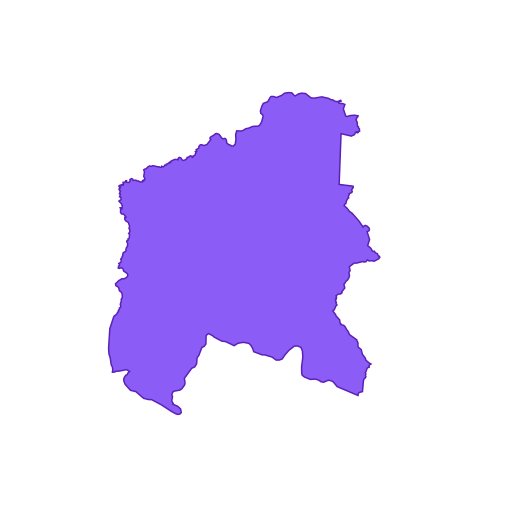 the district of Daffiama Bussie Issa, Upper West, Ghana, rotated 295°
{"feature_id": "2480657B92911606303429", "entity_name": "Daffiama Bussie Issa", "entity_type": "district", "adm_level": 2, "iso_a3": "GHA", "parent_name": "Ghana", "parent_adm1": "Upper West", "projection": "robinson", "projection_center": [-2.277, 10.369], "detail": "fine", "context": "isolated", "style": "filled", "palette": "violet", "viewbox_px": 512, "rotation_deg": 295, "n_neighbors": 0, "source": "geoboundaries", "source_scale": "gbopen_adm2", "svg_char_len": 6120}
<svg xmlns="http://www.w3.org/2000/svg" viewBox="0 0 512 512"><g transform="rotate(295 256 256)"><path d="M426.2,289.3L425.2,285.7L423.1,282.0L421.0,279.7L420.7,278.2L426.3,273.0L430.9,272.5L430.8,270.2L429.5,266.8L430.1,265.9L430.6,265.8L432.3,267.7L432.9,266.9L430.6,264.9L429.9,263.3L429.6,261.4L430.0,260.0L429.4,257.9L429.5,255.0L428.1,248.5L423.6,241.9L422.8,239.7L422.7,238.4L424.2,232.3L422.9,228.6L421.1,226.2L417.7,223.9L417.6,222.9L419.0,219.5L418.0,216.7L415.6,213.0L412.4,211.4L408.3,207.5L408.0,204.6L407.1,202.5L406.3,201.9L400.8,201.4L397.4,198.1L394.3,198.0L389.5,198.6L387.4,200.0L386.5,202.8L385.3,203.5L379.9,204.4L375.9,204.0L374.4,202.8L372.2,198.4L368.6,195.1L367.1,193.0L363.9,190.9L363.1,189.9L361.3,185.6L357.5,186.2L353.5,188.4L348.7,189.9L346.2,189.0L345.4,187.6L345.7,185.8L345.4,184.7L345.8,182.4L346.1,181.8L348.6,180.1L349.4,178.9L349.4,178.0L348.4,176.8L348.3,175.4L350.6,171.3L350.5,168.7L349.5,167.4L348.4,167.1L344.3,164.4L343.0,164.6L342.6,165.6L342.0,165.7L336.2,164.4L334.4,162.4L333.9,161.4L334.0,160.1L333.2,158.5L331.3,157.9L329.7,158.5L326.9,156.8L325.9,158.0L324.9,157.0L324.3,158.0L323.3,157.8L322.0,158.2L320.4,157.1L318.7,157.0L318.5,156.5L319.4,156.0L319.0,154.1L317.3,153.2L316.2,151.9L315.3,152.2L313.3,151.3L312.0,150.0L311.8,148.7L313.2,146.2L312.9,144.7L311.6,144.2L310.4,144.8L309.4,141.8L306.7,139.3L305.1,138.5L304.7,138.9L304.4,138.1L303.8,138.3L303.4,137.4L302.3,137.1L301.4,135.9L300.3,136.1L299.8,134.9L298.9,135.0L297.4,134.0L297.5,132.6L296.4,132.7L295.8,131.4L295.9,130.4L295.4,129.5L294.4,124.8L293.9,123.9L293.0,123.4L292.7,121.5L290.7,120.2L288.6,119.6L287.6,118.3L286.7,117.8L285.0,119.4L280.7,120.6L278.9,122.9L277.2,122.6L277.2,122.0L276.6,122.2L276.3,121.4L275.5,121.9L274.2,120.2L274.3,117.7L273.7,116.9L274.0,115.1L272.6,112.7L273.6,111.7L273.6,110.5L272.0,109.4L270.8,110.2L269.0,109.8L268.2,107.8L268.8,106.9L269.5,106.8L269.1,106.1L267.8,106.2L266.5,104.4L265.5,105.5L264.1,105.7L263.9,105.5L264.4,104.6L263.4,103.6L262.7,103.8L262.5,102.7L261.6,102.2L261.0,102.5L261.0,104.0L260.2,103.7L259.7,104.2L258.9,103.5L258.0,104.2L257.6,105.7L256.3,105.6L255.2,106.4L254.8,106.0L254.1,107.2L252.0,107.3L252.0,109.1L249.7,109.8L248.3,108.6L247.7,108.7L246.5,111.9L244.7,113.8L242.3,114.5L242.7,113.1L242.2,112.5L241.7,113.7L240.7,113.7L238.1,114.9L237.3,116.5L238.0,118.4L236.4,121.6L236.1,121.8L235.5,120.8L233.6,121.7L232.8,123.2L232.4,126.2L229.5,128.9L227.5,129.1L227.2,129.9L226.4,130.2L225.8,131.0L224.2,131.4L222.6,131.1L222.2,132.2L219.1,133.4L218.0,133.4L217.5,132.8L216.1,133.4L215.5,132.6L214.4,132.7L213.1,134.4L210.4,135.4L209.0,135.0L207.1,135.3L205.4,136.1L203.0,134.3L201.2,134.5L200.0,135.2L199.2,134.9L197.7,135.2L196.1,134.7L195.2,135.6L193.2,136.3L191.3,134.8L190.7,135.7L189.6,136.3L188.8,135.7L186.8,136.3L187.0,137.4L188.6,139.1L188.5,139.6L188.0,141.0L186.4,142.5L185.7,146.8L184.1,148.1L182.2,147.9L180.4,146.8L179.3,145.6L178.8,144.1L175.6,142.0L171.3,140.4L169.8,141.7L169.8,143.4L169.2,144.9L166.7,147.0L166.5,148.6L166.0,149.5L164.7,151.0L161.7,152.4L159.9,152.1L158.4,152.9L154.9,153.4L153.4,154.7L152.3,154.9L151.2,154.2L149.4,154.7L148.6,154.2L147.4,154.9L146.4,154.3L144.9,154.4L143.5,153.9L141.8,152.9L140.1,152.8L128.4,154.2L109.8,161.5L105.0,164.2L102.1,166.9L96.3,170.7L94.4,173.0L92.4,174.2L90.0,175.0L91.3,177.2L92.4,177.7L93.8,180.6L98.2,186.5L98.0,190.2L95.5,189.3L94.0,189.4L92.9,188.4L90.8,188.0L88.5,188.1L86.8,189.1L84.4,191.6L81.2,199.0L82.3,204.4L79.5,214.3L80.5,219.4L81.7,222.1L81.1,233.2L79.4,245.2L79.1,249.4L79.2,251.4L79.9,253.0L81.1,254.1L82.6,254.4L85.5,252.3L86.7,248.7L86.6,243.3L87.4,243.3L88.5,241.5L89.6,240.7L93.5,239.7L94.5,238.4L95.2,238.2L97.9,238.2L98.8,238.8L102.4,243.8L104.6,245.0L109.2,245.8L111.0,245.3L114.9,242.8L127.1,245.2L129.5,247.3L133.0,247.8L138.9,245.6L141.7,246.2L150.2,245.6L152.1,247.2L155.1,247.8L162.8,244.4L165.6,245.6L165.5,250.0L164.8,252.5L164.4,260.9L165.6,264.7L165.5,274.1L169.1,276.4L170.9,278.8L172.5,281.3L173.8,286.4L173.0,288.9L170.8,292.1L168.3,294.4L169.0,303.4L170.0,305.4L171.2,313.3L170.2,318.2L171.6,321.2L173.8,323.3L178.4,324.0L184.4,325.7L190.5,328.8L192.1,331.8L192.1,335.3L189.7,338.1L184.3,341.1L174.7,344.2L169.0,347.0L167.4,348.3L166.8,351.2L167.1,357.4L169.5,361.7L170.0,365.0L169.5,368.0L170.2,370.7L173.5,373.6L174.3,374.8L174.7,377.8L174.5,379.3L171.9,384.8L172.7,407.4L174.6,406.8L176.0,407.3L178.1,409.8L188.4,406.1L190.4,405.9L191.8,406.6L193.1,406.6L193.4,406.0L195.9,405.2L196.5,404.3L198.2,404.5L201.1,404.1L202.5,404.8L202.8,405.5L203.3,405.6L203.9,404.9L205.3,404.9L206.7,405.8L206.9,403.4L208.1,399.5L209.7,398.1L211.9,394.0L215.7,390.8L216.6,387.3L217.9,386.1L219.8,385.5L221.3,384.2L222.0,382.9L222.6,382.8L224.3,373.9L226.7,371.2L227.2,369.9L229.8,366.3L230.2,364.6L229.7,361.9L230.5,361.6L230.9,360.4L233.4,358.9L235.6,353.8L236.7,352.7L238.5,349.0L239.2,348.9L240.3,349.7L244.5,349.5L245.8,350.1L246.8,348.7L247.4,348.2L247.9,348.4L249.3,346.8L250.8,346.9L251.2,346.2L251.9,346.7L252.8,346.4L253.7,345.3L256.3,346.7L257.3,348.7L259.1,349.5L259.8,348.9L264.5,350.0L267.5,347.6L269.6,348.2L270.6,348.0L272.8,349.1L275.1,349.4L277.6,349.1L280.4,347.1L282.5,347.5L285.7,345.1L291.1,348.0L292.1,350.2L296.2,355.2L296.1,356.3L297.2,358.0L299.5,358.5L299.3,360.7L300.6,362.7L301.2,365.3L305.6,368.6L306.8,368.3L307.2,368.7L307.9,368.0L307.7,366.9L309.4,365.0L309.3,362.8L310.4,361.3L309.7,360.4L309.7,359.4L311.7,356.5L312.6,352.8L318.9,352.0L325.0,346.4L326.7,347.8L328.2,347.5L329.1,346.7L330.0,344.4L330.0,342.3L329.1,341.3L327.5,340.8L331.1,334.7L333.8,328.7L335.4,324.9L335.9,321.9L337.8,318.3L338.9,314.6L340.8,314.6L341.4,315.3L344.3,314.7L347.6,315.0L347.9,315.4L348.7,314.6L351.1,314.5L351.8,314.0L354.0,316.0L355.3,315.9L356.1,314.7L359.2,315.2L360.0,314.7L359.8,314.1L360.2,314.1L356.0,301.1L402.8,281.4L405.0,291.8L407.7,294.0L409.5,293.9L411.1,294.5L411.3,295.2L410.4,295.1L410.5,295.8L411.1,296.4L412.6,296.6L412.9,297.1L414.9,296.0L415.4,294.8L416.4,294.2L416.3,293.7L417.0,292.8L420.0,291.2L421.8,289.0L422.9,289.2L423.6,288.8L425.0,289.4L426.2,289.3Z" fill="#8b5cf6" stroke="#5b21b6" stroke-width="1.5"/></g></svg>